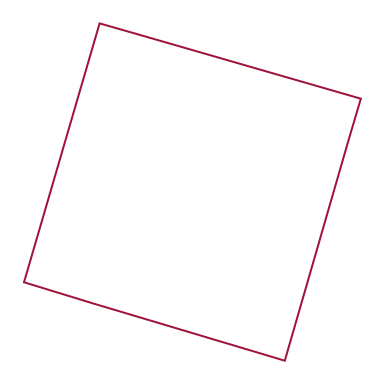 Taylor, Texas, United States of America (Albers equal-area conic projection), rotated 286°
{"feature_id": "52423323B57845343787287", "entity_name": "Taylor", "entity_type": "district", "adm_level": 2, "iso_a3": "USA", "parent_name": "United States of America", "parent_adm1": "Texas", "projection": "albers", "projection_center": [-99.87, 32.302], "detail": "fine", "context": "isolated", "style": "outline", "palette": "rose", "viewbox_px": 384, "rotation_deg": 286, "n_neighbors": 0, "source": "geoboundaries", "source_scale": "gbopen_adm2", "svg_char_len": 266}
<svg xmlns="http://www.w3.org/2000/svg" viewBox="0 0 384 384"><g transform="rotate(286 192 192)"><path d="M58.9,55.4L57.6,128.3L55.4,327.7L285.0,328.2L328.2,328.6L328.6,108.7L328.6,60.5L328.6,56.7L58.9,55.4Z" fill="none" stroke="#9f1239" stroke-width="2"/></g></svg>